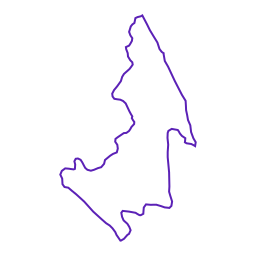 Luleå, Norrbotten, Sweden
{"feature_id": "70781695B74672839302489", "entity_name": "Luleå", "entity_type": "district", "adm_level": 2, "iso_a3": "SWE", "parent_name": "Sweden", "parent_adm1": "Norrbotten", "projection": "mercator", "projection_center": [22.018, 65.85], "detail": "fine", "context": "isolated", "style": "outline", "palette": "violet", "viewbox_px": 256, "rotation_deg": 0, "n_neighbors": 0, "source": "geoboundaries", "source_scale": "gbopen_adm2", "svg_char_len": 2046}
<svg xmlns="http://www.w3.org/2000/svg" viewBox="0 0 256 256"><path d="M163.6,53.2L161.7,51.9L159.5,49.0L157.4,42.5L153.7,36.5L149.9,30.2L147.0,24.3L142.3,15.4L140.8,16.3L137.5,17.1L135.4,18.1L134.9,20.6L134.4,23.0L132.4,24.4L130.8,26.4L129.1,31.9L130.4,35.4L132.3,38.2L131.9,40.9L130.4,43.6L129.1,45.6L125.9,47.1L126.2,49.2L127.7,53.1L128.0,56.5L130.3,60.3L132.3,62.3L132.7,64.6L131.1,66.9L129.5,69.0L124.0,73.9L122.2,76.8L120.9,81.1L117.1,86.4L114.1,90.0L112.2,93.7L112.6,96.5L114.3,98.8L117.3,99.3L120.3,99.7L123.1,101.0L125.7,103.4L127.8,107.9L129.4,111.3L130.9,114.1L132.3,116.4L131.8,118.1L133.0,120.2L134.3,122.0L134.1,124.1L131.5,126.9L130.3,129.1L129.0,131.0L126.4,132.9L123.8,133.1L117.6,137.3L115.5,138.9L115.2,141.7L117.3,144.8L117.8,148.6L116.8,152.4L113.0,153.9L110.2,155.7L105.0,160.0L104.1,163.8L101.2,167.2L98.0,168.1L94.0,169.8L90.9,170.7L87.4,169.8L85.2,167.9L83.9,165.5L82.3,162.4L80.6,159.8L77.9,158.5L75.7,158.8L74.4,161.3L75.2,164.5L74.9,168.9L73.7,169.4L70.7,169.0L68.8,168.7L65.2,168.4L61.8,170.9L60.3,174.6L62.2,178.6L62.5,184.2L64.5,187.0L68.3,187.7L71.9,190.8L76.2,194.3L84.3,201.7L93.2,211.6L101.8,219.4L106.1,223.2L109.7,225.5L112.5,228.3L115.3,232.1L116.5,234.9L120.4,240.6L120.9,240.6L124.0,238.8L127.4,234.9L129.0,233.9L130.6,230.2L129.3,226.9L127.4,223.8L123.6,220.4L122.1,216.9L121.3,212.8L122.7,210.9L129.0,211.6L135.6,212.8L137.1,213.8L139.4,215.1L140.7,215.2L143.3,213.8L143.5,210.8L143.8,207.5L146.0,204.4L150.5,204.8L156.2,204.7L161.0,206.1L164.7,207.4L169.4,207.9L171.4,205.9L172.1,201.5L170.2,195.5L169.1,191.7L169.4,186.5L169.1,172.4L168.4,164.7L167.7,157.2L167.7,152.0L168.2,144.7L167.9,141.7L167.5,137.9L167.7,132.9L168.4,130.9L171.7,128.9L177.8,130.0L178.9,131.6L179.9,133.5L181.9,135.9L185.3,138.2L185.1,140.6L184.9,142.3L186.6,143.3L191.3,144.0L193.8,145.3L195.1,146.1L195.7,142.2L193.4,138.3L191.1,132.1L190.3,125.3L188.0,120.0L187.1,114.8L186.1,110.2L185.9,105.5L185.6,100.8L181.9,94.8L174.7,80.8L168.1,66.7L164.8,61.0L163.5,53.4L163.6,53.2Z" fill="none" stroke="#5b21b6" stroke-width="2"/></svg>